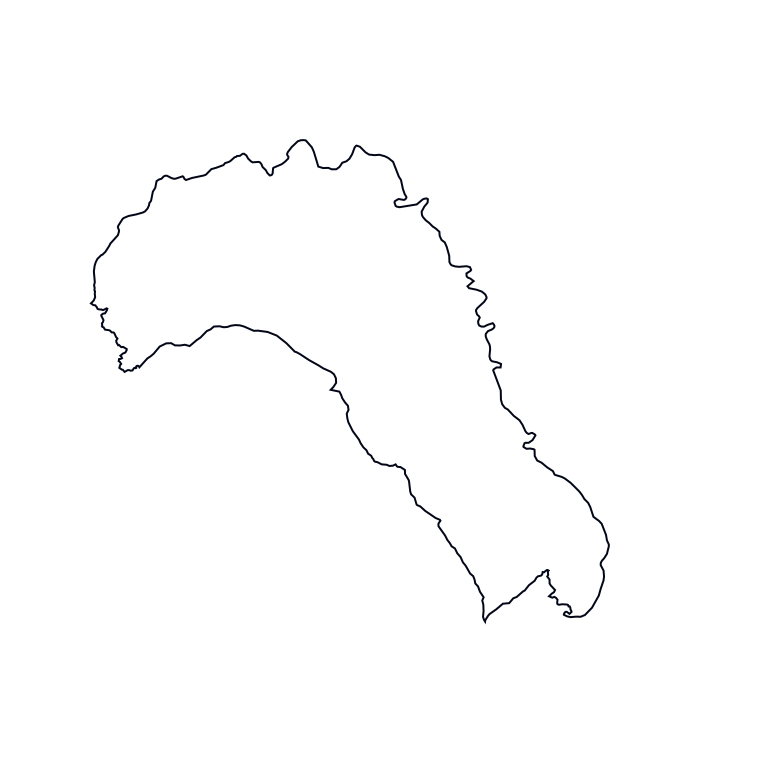 Galanefhi, Maekel, Eritrea (orthographic projection), rotated 223°
{"feature_id": "51966322B55645768572495", "entity_name": "Galanefhi", "entity_type": "district", "adm_level": 2, "iso_a3": "ERI", "parent_name": "Eritrea", "parent_adm1": "Maekel", "projection": "orthographic", "projection_center": [38.896, 15.263], "detail": "fine", "context": "isolated", "style": "outline", "palette": "ink", "viewbox_px": 768, "rotation_deg": 223, "n_neighbors": 0, "source": "geoboundaries", "source_scale": "gbopen_adm2", "svg_char_len": 6141}
<svg xmlns="http://www.w3.org/2000/svg" viewBox="0 0 768 768"><g transform="rotate(223 384 384)"><path d="M148.1,279.2L148.8,280.2L149.8,285.4L149.9,287.7L148.2,295.9L147.2,304.4L143.0,309.1L143.3,315.5L141.7,318.7L140.9,326.9L140.2,329.0L140.8,335.7L139.6,342.9L140.4,346.2L140.3,348.2L138.4,351.1L138.4,352.5L139.7,354.7L138.6,355.4L138.1,358.8L137.6,359.5L136.4,359.8L136.4,358.7L133.7,356.3L133.3,354.5L129.6,353.9L126.8,351.0L124.6,350.4L118.4,350.0L117.7,347.7L118.3,345.2L118.5,341.3L115.2,342.5L114.2,344.5L112.5,344.9L110.0,344.6L108.0,341.9L106.9,341.3L105.6,341.8L103.2,344.7L99.6,347.6L98.8,347.9L97.3,347.2L96.6,348.0L95.4,347.6L93.5,346.1L92.4,345.9L91.4,345.2L91.6,342.4L94.7,342.1L95.6,341.5L95.9,340.8L95.8,339.0L95.1,337.9L91.7,338.9L88.6,340.7L84.7,345.0L81.4,347.9L79.5,352.1L79.3,362.2L82.6,375.8L85.7,381.7L89.4,389.9L91.7,393.2L96.2,397.3L102.0,399.3L103.5,401.1L104.1,403.5L104.2,407.0L105.1,411.8L108.8,418.5L110.0,419.9L114.3,421.7L118.8,425.1L129.4,430.2L133.2,430.5L140.2,429.7L149.3,434.7L153.6,436.3L158.9,436.5L163.7,437.9L168.0,438.6L180.1,439.0L187.4,438.2L190.6,437.3L196.9,434.2L197.8,434.2L201.0,435.5L208.0,434.3L215.1,433.9L219.8,432.5L224.6,434.1L229.1,438.6L230.1,438.4L233.2,436.4L235.6,433.8L239.0,433.1L239.6,433.5L240.8,436.5L240.5,437.4L238.1,439.7L237.1,444.2L238.2,449.7L238.9,450.0L242.0,449.4L242.8,448.8L244.2,446.0L246.2,445.6L248.3,445.9L254.9,448.6L260.1,449.9L267.3,449.2L276.0,449.8L279.4,449.0L283.7,449.8L287.8,452.3L294.2,458.9L313.5,468.5L313.8,469.4L313.0,472.8L310.0,475.6L312.1,478.5L316.1,477.0L320.5,474.3L322.0,474.2L323.5,474.7L325.8,476.2L330.0,481.7L332.2,483.8L334.0,484.9L339.2,486.7L341.9,488.1L343.2,489.3L343.8,490.4L344.0,493.7L342.4,497.1L341.9,499.3L342.2,501.0L342.8,501.8L344.0,502.4L346.0,502.6L348.6,497.8L349.9,494.3L351.8,492.5L354.2,491.7L356.1,492.4L358.0,494.1L359.3,497.9L360.5,498.3L363.3,498.3L366.4,500.0L367.1,500.8L367.5,503.2L366.8,512.4L367.5,516.7L368.5,517.6L371.1,518.6L375.5,518.3L380.6,516.1L387.1,512.1L389.6,512.4L388.6,520.4L392.8,520.0L395.0,519.1L396.3,519.0L397.4,519.4L399.1,521.1L397.9,525.7L398.1,526.9L400.9,528.1L404.0,526.4L409.0,520.9L412.2,518.5L415.6,516.9L417.1,517.0L419.3,517.8L423.7,522.2L431.5,527.0L436.1,529.0L440.2,528.6L444.3,530.3L447.3,533.1L452.4,533.0L455.8,532.4L460.6,532.6L465.3,532.2L469.6,532.7L471.5,533.5L474.0,535.7L475.5,541.2L475.8,546.3L477.9,549.1L479.4,548.8L480.9,546.9L481.6,545.3L482.5,537.7L493.2,523.9L495.7,522.4L497.0,522.2L500.1,523.9L500.7,525.0L500.0,527.9L499.3,529.4L495.4,531.9L494.7,532.6L494.4,534.0L494.6,535.4L495.3,536.1L498.4,537.0L503.3,539.6L510.7,544.8L514.6,545.8L528.9,552.7L535.2,552.2L538.8,551.1L543.7,548.5L547.0,544.9L551.4,541.6L555.6,540.8L563.4,541.1L566.6,539.7L566.9,539.1L566.8,537.0L564.0,530.3L562.9,525.1L563.4,521.2L565.4,517.4L564.6,512.6L565.3,508.6L568.6,505.4L572.1,504.1L575.8,500.4L580.3,498.2L593.7,506.0L598.2,507.9L607.4,508.8L609.3,507.4L611.1,505.5L612.6,502.7L613.1,494.4L612.5,488.0L611.8,486.2L611.0,485.5L608.8,485.0L607.8,483.5L608.0,478.9L608.7,475.0L612.3,466.8L612.3,466.2L609.1,462.1L608.7,460.8L608.9,459.8L609.8,458.6L613.4,458.8L616.2,459.8L620.8,459.9L623.6,461.2L626.0,461.5L627.2,460.9L631.3,456.5L633.2,456.1L637.2,456.2L640.5,457.3L643.5,456.9L644.4,455.8L645.0,452.6L647.0,450.5L647.0,449.5L647.9,447.9L648.4,442.4L649.0,440.4L650.9,437.2L650.7,434.6L654.3,427.5L656.8,423.4L657.0,415.7L658.0,413.6L664.9,403.8L667.9,398.2L669.7,397.9L672.0,398.7L672.9,398.6L676.4,392.1L677.6,390.8L679.8,389.7L684.7,388.3L685.9,387.3L686.7,385.6L686.7,382.4L688.0,380.2L688.7,377.3L685.1,371.5L684.2,367.0L679.3,359.1L679.0,356.2L677.7,354.4L676.6,351.0L676.5,347.2L677.3,345.0L680.9,339.0L685.4,332.7L687.6,327.8L687.7,326.1L686.3,318.6L685.7,317.3L682.4,315.5L681.5,314.2L680.1,311.3L679.9,299.9L679.3,298.3L677.9,290.7L678.1,286.5L678.7,285.5L678.9,280.0L677.9,276.5L676.2,273.0L672.9,268.4L665.0,261.3L663.2,258.3L661.3,257.1L659.6,255.0L658.6,254.7L657.1,252.8L654.4,250.4L653.2,246.9L653.3,243.1L650.5,243.5L648.7,244.7L648.0,244.4L646.7,244.4L644.8,243.6L643.4,244.1L641.6,245.7L640.4,246.1L639.6,247.0L638.5,250.1L637.7,250.4L636.9,248.8L636.2,245.5L637.5,243.7L637.8,241.9L637.5,241.2L632.7,239.4L631.7,237.4L631.7,236.0L630.0,234.7L629.8,234.0L629.0,233.7L627.7,234.2L625.1,233.5L621.8,235.8L620.5,236.2L618.4,236.0L617.0,237.2L616.1,237.3L611.9,235.6L610.0,235.5L609.3,232.9L608.1,232.0L604.8,231.0L604.4,231.8L601.2,231.8L600.1,233.2L596.0,234.1L595.3,233.3L594.6,230.6L595.7,228.3L596.1,224.9L594.8,224.9L593.2,224.2L593.7,222.8L594.8,221.5L593.6,219.8L592.1,220.0L589.9,219.4L590.0,218.2L588.6,215.3L585.6,215.7L584.6,216.3L582.0,215.9L580.9,219.3L579.9,220.3L578.4,220.9L577.2,222.4L577.7,225.0L577.4,225.7L576.4,226.2L576.2,226.9L577.1,227.6L577.2,228.4L576.6,229.4L575.4,229.8L574.3,229.4L574.5,241.3L573.6,245.0L573.1,249.0L573.6,258.4L571.0,265.2L567.5,268.7L563.2,269.7L559.4,273.1L556.4,276.9L552.0,279.2L550.9,288.5L549.9,292.7L549.7,301.9L548.1,305.6L547.6,310.0L543.7,314.0L539.8,316.3L537.4,319.0L535.6,322.4L532.8,325.8L529.4,328.6L525.5,330.6L515.5,334.1L512.5,337.1L504.6,342.7L495.4,346.3L483.3,347.3L471.3,346.8L469.7,347.6L465.7,348.6L455.0,350.4L444.9,352.9L439.1,354.0L431.2,356.7L427.3,357.0L423.1,355.4L419.8,352.2L419.0,347.4L419.0,343.4L411.4,348.0L408.0,346.8L404.7,345.1L399.8,343.9L395.6,343.5L392.3,340.9L391.0,336.9L387.4,333.9L384.0,331.7L374.6,328.2L364.5,326.3L360.6,324.7L355.7,323.6L351.7,323.6L348.1,322.2L344.5,322.8L341.8,321.8L340.5,321.8L338.9,321.0L337.5,321.1L335.4,322.4L331.0,323.6L326.9,326.8L324.2,327.7L321.8,330.3L320.7,333.1L318.3,332.6L317.3,332.9L315.3,334.5L310.1,335.4L307.3,332.6L300.5,330.6L299.2,329.8L291.3,323.1L288.9,321.8L284.1,321.7L278.2,318.2L277.3,318.0L273.9,319.2L267.2,319.3L254.9,321.2L250.5,322.8L249.5,322.5L249.1,319.6L248.6,318.5L247.0,317.1L235.8,314.8L231.5,313.2L227.3,312.5L223.9,311.4L219.9,312.1L215.1,310.2L209.8,309.6L204.7,307.4L200.3,306.8L191.7,304.1L187.7,304.3L184.4,302.7L181.2,300.4L177.2,300.1L172.1,297.5L165.7,296.0L164.5,292.7L160.9,290.4L156.3,285.8L152.8,281.3L150.2,279.8L148.1,279.2Z" fill="none" stroke="#020617" stroke-width="2"/></g></svg>